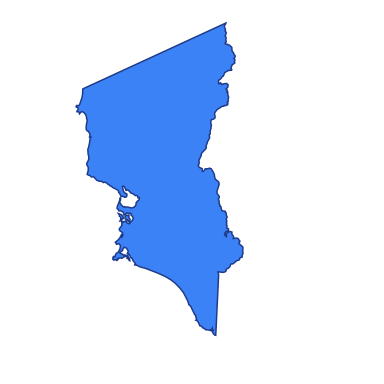 the State of Victoria, rotated 66°
{"feature_id": "AUS-2656", "entity_name": "Victoria", "entity_type": "State", "adm_level": 1, "iso_a3": "AUS", "parent_name": "Australia", "parent_adm1": "", "projection": "natural_earth1", "projection_center": [144.983, -36.566], "detail": "fine", "context": "isolated", "style": "filled", "palette": "blue", "viewbox_px": 384, "rotation_deg": 66, "n_neighbors": 0, "source": "natural_earth", "source_scale": "10m", "svg_char_len": 6063}
<svg xmlns="http://www.w3.org/2000/svg" viewBox="0 0 384 384"><g transform="rotate(66 192 192)"><path d="M332.6,228.6L332.0,229.4L330.2,230.1L326.5,230.4L326.9,230.1L326.8,229.6L327.2,229.0L327.0,228.7L326.7,228.7L326.4,229.4L324.7,228.8L326.0,230.8L326.1,231.5L324.8,232.9L323.3,235.6L321.4,236.4L320.7,237.3L318.2,238.1L317.5,239.2L312.8,239.3L311.5,239.8L310.7,240.7L310.1,239.4L307.6,239.4L306.5,238.9L305.1,239.4L295.6,239.7L293.7,240.7L290.0,240.2L280.7,240.7L275.3,242.0L268.6,244.4L263.7,247.0L258.4,250.7L252.4,256.0L242.6,265.8L239.6,269.6L236.5,272.2L235.3,274.0L234.8,273.5L235.3,273.0L234.8,272.8L230.4,273.8L228.2,273.7L226.9,274.7L224.7,274.6L223.3,274.9L222.5,275.3L221.9,276.1L220.5,274.6L220.0,274.3L217.0,274.6L216.1,275.1L214.8,276.7L215.8,277.8L216.4,279.1L217.3,279.2L217.4,280.8L217.9,281.5L217.7,282.2L218.0,282.6L219.0,282.5L220.7,280.6L221.8,280.5L222.1,279.1L223.0,278.0L223.4,278.1L223.8,278.8L223.6,281.1L224.0,282.2L224.0,283.2L223.1,284.1L222.5,286.9L222.8,287.3L223.5,287.0L224.0,288.6L222.5,289.5L222.5,291.0L221.2,291.7L219.9,291.0L219.1,290.2L219.0,289.5L219.6,289.1L219.8,288.6L218.0,287.2L217.2,285.9L216.9,283.8L214.7,281.0L212.0,279.2L209.7,279.6L209.4,280.2L209.2,282.1L206.7,282.5L205.9,279.5L204.7,276.8L201.7,273.0L203.8,274.4L204.6,274.6L204.0,273.3L203.3,272.6L200.9,272.2L199.9,272.5L198.0,273.7L196.8,273.8L195.9,273.1L194.1,269.8L192.1,268.8L189.8,268.2L191.3,267.4L191.7,266.9L191.3,266.4L191.7,265.3L191.3,264.0L192.2,263.5L193.2,264.0L193.9,263.9L195.5,262.4L195.0,261.1L194.2,260.6L194.5,259.5L192.6,256.6L191.6,256.3L189.0,256.6L188.4,257.1L187.4,256.5L186.2,256.9L186.4,257.4L185.7,258.4L185.4,259.4L184.5,260.1L185.2,261.5L185.3,263.5L182.5,263.0L181.8,263.2L181.1,264.4L180.1,264.7L179.8,265.1L179.4,266.1L179.6,266.4L176.9,266.8L176.6,267.2L174.8,266.1L169.9,261.1L168.3,260.4L168.3,259.8L169.9,260.3L171.6,261.9L172.2,262.2L175.0,261.9L177.7,260.7L178.2,260.0L178.0,259.3L179.0,258.5L179.4,257.1L182.0,253.7L182.3,252.4L182.2,250.9L181.7,249.5L180.9,248.4L179.1,247.4L178.3,246.0L177.7,243.7L176.2,242.4L175.5,242.5L175.4,243.7L173.4,243.4L172.9,243.6L172.2,245.3L170.0,246.3L168.1,248.2L164.6,249.4L163.8,250.3L163.5,250.8L163.7,251.6L163.3,251.8L162.2,251.3L161.4,251.6L159.5,251.7L158.9,252.1L158.5,253.2L159.1,253.6L160.7,253.7L163.5,254.4L165.3,253.8L167.5,252.3L169.1,253.2L169.8,253.9L169.4,255.8L168.6,256.1L168.1,256.7L167.5,257.6L167.5,258.6L163.7,258.7L162.5,259.2L161.1,258.7L159.8,259.2L155.4,262.8L154.0,263.2L153.1,264.3L151.6,264.8L150.9,265.6L149.0,266.3L147.3,268.1L147.4,269.0L147.1,269.4L145.5,270.1L144.5,272.4L143.7,272.9L142.6,274.2L138.3,275.6L137.1,278.0L136.5,278.0L135.4,278.6L134.2,280.0L133.1,280.6L130.5,278.3L127.6,276.8L124.0,277.0L123.4,276.7L122.2,275.6L122.0,275.0L120.2,273.2L118.3,272.1L114.9,271.4L110.6,269.8L109.1,268.3L105.7,265.8L101.4,263.2L101.0,262.0L100.3,262.1L100.0,263.2L97.8,261.7L94.2,262.0L93.8,262.7L92.4,263.2L90.9,262.9L88.3,261.6L83.8,258.5L82.3,258.5L81.3,258.0L78.1,257.6L75.3,258.5L74.1,259.5L73.7,260.6L74.8,263.0L73.2,262.7L72.3,263.5L71.8,264.5L71.4,264.3L70.3,262.4L69.5,262.1L68.0,262.0L67.6,263.1L66.8,263.0L66.0,262.4L66.9,260.5L66.6,259.3L66.1,258.8L61.1,254.2L58.6,252.5L53.4,249.8L51.4,92.3L52.1,92.9L53.3,94.8L53.9,95.2L56.7,95.3L57.5,95.5L58.5,96.3L60.1,95.8L62.3,97.3L62.9,98.4L64.9,98.0L67.0,99.4L68.6,99.5L69.2,100.9L69.7,101.3L70.4,101.1L71.6,99.5L73.5,97.8L76.1,96.8L79.0,97.9L80.4,97.9L81.7,97.4L82.7,97.7L84.8,97.2L85.6,97.3L86.4,98.1L86.9,99.5L88.0,99.0L88.7,99.0L90.3,100.3L91.4,100.3L91.8,101.3L92.1,103.4L93.6,105.1L94.9,106.1L96.5,105.9L96.8,106.6L95.8,109.3L96.2,113.5L98.8,116.2L98.8,117.4L99.7,118.6L100.6,120.7L100.6,121.9L101.6,122.8L103.3,123.1L103.8,123.6L104.3,123.3L104.0,121.4L106.0,121.1L106.1,120.4L105.9,119.5L106.9,116.2L108.9,115.4L111.0,116.9L111.8,119.2L113.5,118.3L114.9,119.6L115.4,118.7L117.1,119.6L120.0,119.9L122.8,121.7L124.0,122.0L124.4,123.5L125.8,123.2L126.9,124.1L126.6,125.2L126.8,126.4L126.2,127.3L126.4,128.7L126.0,130.1L127.0,135.7L128.7,138.8L130.0,139.7L132.8,140.3L133.9,141.2L134.2,143.4L133.7,144.3L134.0,145.2L136.1,146.6L138.7,147.1L140.0,147.8L140.6,148.5L141.6,148.8L143.8,150.6L146.4,151.8L146.9,153.1L149.0,153.6L150.1,154.3L152.7,157.8L153.6,158.3L155.7,160.5L157.2,160.8L158.1,161.7L160.2,166.9L161.2,168.2L162.4,168.7L165.9,172.8L168.3,173.5L169.1,174.5L169.7,174.6L169.8,175.2L170.2,175.5L172.4,175.4L174.8,173.2L176.9,174.1L177.5,174.0L177.8,173.4L177.6,172.6L176.2,170.5L177.1,168.5L177.4,166.2L178.5,165.1L182.0,164.5L185.1,164.5L188.7,165.5L190.0,165.3L193.7,163.6L195.0,163.7L196.2,164.2L201.5,168.9L202.8,169.5L204.2,169.6L206.2,169.0L207.6,169.0L208.2,169.4L209.0,170.8L211.4,170.9L212.5,171.6L214.4,171.7L216.2,172.4L216.4,171.8L217.1,171.6L221.0,172.3L221.5,172.1L223.0,169.6L223.3,169.4L224.3,169.8L225.2,169.3L226.5,170.0L229.0,170.0L231.0,171.9L233.1,172.1L233.5,172.9L234.8,173.0L235.9,174.0L236.9,173.6L238.5,174.7L239.3,174.8L239.9,173.9L240.8,173.7L242.1,174.4L241.9,177.0L242.3,177.8L244.0,179.6L246.8,178.8L246.5,178.4L244.4,177.9L243.6,176.8L243.2,174.3L243.7,173.1L244.9,171.8L246.4,172.7L249.2,172.2L250.3,172.3L251.3,173.2L252.0,170.6L252.6,169.5L253.5,168.7L254.7,168.7L255.8,168.2L257.0,168.6L257.5,169.9L258.1,170.1L263.0,167.9L267.9,170.2L269.1,170.5L270.1,171.9L271.8,172.6L271.9,173.0L271.6,174.7L271.9,175.3L273.0,176.1L273.3,176.9L272.8,179.4L273.2,179.8L274.2,183.5L274.3,184.0L273.7,185.3L273.9,186.1L275.8,188.0L276.4,189.8L276.4,192.0L276.8,192.6L277.9,192.9L278.4,194.1L278.1,196.3L275.5,200.7L278.4,201.3L332.6,228.6ZM191.9,259.7L192.6,260.2L193.6,261.6L191.1,262.2L189.2,264.1L187.0,263.1L186.6,261.4L187.5,260.1L187.2,259.5L187.5,259.0L189.5,260.0L191.9,259.7ZM188.0,267.0L188.9,267.2L189.4,268.7L189.2,269.6L188.1,268.3L186.4,267.6L185.3,267.7L184.6,268.2L183.7,267.7L181.8,268.0L184.1,265.6L186.9,265.0L188.1,265.6L187.7,265.9L188.1,266.6L188.0,267.0ZM227.7,276.3L229.5,276.7L229.0,277.2L227.1,277.2L226.4,278.3L225.8,278.3L224.4,277.5L223.7,276.4L225.6,276.7L227.7,276.3Z" fill="#3b82f6" stroke="#1e3a8a" stroke-width="1.5"/></g></svg>